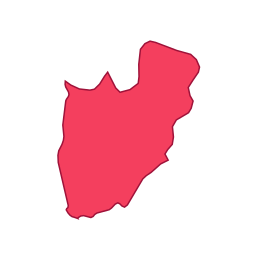 SVG path tracing the border of Bijeljina, rotated 154°
{"feature_id": "BIH-4804", "entity_name": "Bijeljina", "entity_type": "state/province", "adm_level": 1, "iso_a3": "BIH", "parent_name": "Bosnia and Herzegovina", "parent_adm1": "", "projection": "natural_earth1", "projection_center": [19.107, 44.733], "detail": "fine", "context": "isolated", "style": "filled", "palette": "rose", "viewbox_px": 256, "rotation_deg": 154, "n_neighbors": 0, "source": "natural_earth", "source_scale": "10m", "svg_char_len": 1097}
<svg xmlns="http://www.w3.org/2000/svg" viewBox="0 0 256 256"><g transform="rotate(154 128 128)"><path d="M106.0,81.5L114.5,81.4L117.6,80.5L126.6,78.0L132.4,77.2L137.0,75.8L162.3,59.1L165.8,58.4L167.6,60.5L168.6,63.5L170.0,65.2L172.9,65.2L177.9,63.3L180.7,62.8L193.2,65.2L195.8,64.9L198.1,63.8L200.6,63.8L206.3,68.7L209.1,69.6L211.9,69.3L212.7,68.9L212.7,68.6L213.8,69.7L215.5,71.4L217.1,72.8L218.3,74.9L219.1,77.8L219.4,81.5L218.4,82.4L216.9,82.8L215.7,84.5L205.8,127.6L202.9,134.2L200.2,137.9L194.5,142.2L191.5,145.2L189.3,148.5L185.3,159.2L172.0,179.7L170.7,180.8L167.7,182.5L166.3,184.1L165.7,186.5L166.0,192.2L165.4,194.8L163.8,197.6L160.6,191.7L154.6,184.4L145.6,178.7L141.1,177.6L134.2,179.9L126.4,184.8L121.8,187.1L121.5,169.3L119.5,163.6L109.4,161.6L99.3,163.6L95.6,169.3L90.4,180.5L82.3,193.3L75.8,196.4L70.1,196.4L65.7,192.8L50.3,176.4L39.4,166.7L36.6,159.5L37.0,151.4L40.3,147.3L48.4,142.7L56.1,138.0L58.1,129.9L57.7,123.7L62.6,118.0L66.9,115.2L81.0,114.1L87.5,109.7L91.1,100.0L95.4,93.9L101.8,91.2L106.2,88.4L106.0,81.5Z" fill="#f43f5e" stroke="#9f1239" stroke-width="1.5"/></g></svg>